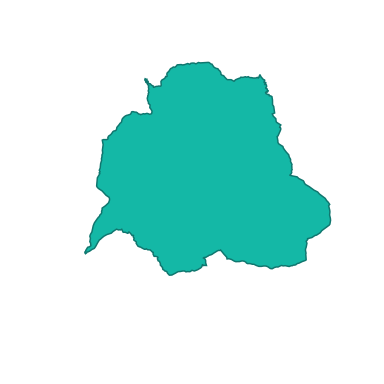 Naruja, Vrancea, Romania (Mercator projection), rotated 236°
{"feature_id": "2599482B65121117862407", "entity_name": "Naruja", "entity_type": "district", "adm_level": 2, "iso_a3": "ROU", "parent_name": "Romania", "parent_adm1": "Vrancea", "projection": "mercator", "projection_center": [26.773, 45.824], "detail": "fine", "context": "isolated", "style": "filled", "palette": "teal", "viewbox_px": 384, "rotation_deg": 236, "n_neighbors": 0, "source": "geoboundaries", "source_scale": "gbopen_adm2", "svg_char_len": 6085}
<svg xmlns="http://www.w3.org/2000/svg" viewBox="0 0 384 384"><g transform="rotate(236 192 192)"><path d="M251.6,313.9L251.0,313.6L250.3,312.2L249.6,311.6L249.5,310.6L250.5,310.2L250.8,308.6L252.2,306.6L253.7,305.1L254.4,304.1L255.1,303.5L256.1,303.2L256.7,301.4L257.7,300.7L258.5,298.4L259.9,296.6L259.6,295.2L260.0,294.4L260.7,291.0L260.6,290.1L260.3,289.2L260.4,288.7L263.3,287.2L265.3,284.2L265.8,283.9L269.5,283.3L270.1,283.4L271.1,283.0L272.0,282.2L273.5,281.8L274.3,282.4L275.4,282.7L276.6,282.8L278.7,282.3L279.2,282.5L279.9,282.2L281.3,280.9L283.3,280.0L286.9,280.0L287.3,279.4L289.9,278.5L290.4,277.9L294.3,271.2L295.8,269.7L295.9,268.0L296.1,266.9L297.6,265.9L298.5,264.7L299.1,263.6L299.4,262.7L299.1,261.5L300.9,260.3L301.8,256.9L302.6,255.2L303.7,254.3L305.6,251.0L305.6,250.3L305.2,249.5L305.0,247.8L305.2,247.3L305.9,246.7L306.1,246.1L306.0,244.8L306.2,243.8L306.2,243.1L304.8,239.8L304.8,238.6L304.4,237.7L303.7,237.0L302.7,236.6L301.8,235.9L301.8,235.5L302.5,234.8L301.5,233.1L301.5,231.3L301.7,229.9L301.2,228.5L300.9,228.0L297.9,226.3L297.4,225.7L297.3,225.1L298.5,223.6L298.8,222.6L299.6,221.3L300.1,219.0L300.3,218.7L300.9,218.7L301.4,219.2L303.1,218.2L305.0,217.9L305.6,217.2L307.2,216.7L308.2,217.5L308.5,217.3L308.5,216.4L308.9,216.1L309.3,216.3L309.7,217.2L310.7,217.7L311.3,216.9L312.1,216.5L311.7,215.9L311.2,215.5L310.0,215.6L308.9,215.1L307.4,215.6L305.8,215.3L304.4,215.6L303.5,214.6L301.5,213.7L300.3,212.2L298.7,211.9L298.1,210.8L297.1,210.2L296.6,209.2L295.4,208.2L294.9,207.4L292.6,206.4L291.1,206.2L289.7,205.4L288.0,205.9L287.5,205.8L285.4,204.1L284.6,204.3L281.6,204.1L281.0,203.8L279.7,202.5L279.6,202.1L280.0,200.4L281.9,199.1L282.5,198.4L283.1,196.4L283.9,195.8L284.2,195.1L284.8,192.7L285.4,192.5L286.7,191.3L288.2,191.0L289.4,190.4L290.2,189.3L291.7,188.0L292.2,186.7L291.3,185.5L290.9,184.4L291.6,181.9L292.1,180.6L292.3,179.2L292.2,177.5L291.8,175.7L291.4,174.8L289.4,172.6L289.2,171.7L289.2,170.9L288.5,169.0L287.6,165.9L286.2,164.5L285.6,163.4L285.7,162.5L286.2,161.6L286.3,160.3L285.4,158.1L285.0,156.6L285.0,154.1L284.2,152.7L283.6,152.6L282.9,151.6L283.2,150.5L285.0,147.8L285.2,146.6L280.9,144.8L276.6,140.9L275.9,140.8L275.6,140.4L274.1,139.7L273.1,138.1L271.4,136.9L270.1,135.4L268.9,134.9L266.6,132.1L263.1,129.2L261.9,127.3L260.3,127.1L259.8,125.8L259.6,125.7L259.2,126.0L258.8,125.9L256.7,121.5L250.3,116.3L249.0,116.1L247.2,116.4L243.1,118.1L237.4,118.9L233.9,120.3L232.4,119.8L231.3,119.0L229.7,116.8L229.0,112.7L228.9,108.5L227.3,107.3L226.7,106.3L225.5,105.7L224.8,104.7L224.4,102.7L223.5,101.5L223.4,100.3L222.8,98.5L221.1,94.1L220.7,93.4L219.2,91.2L214.8,86.6L213.7,84.2L213.0,83.2L212.3,82.5L210.4,81.9L207.8,79.4L207.1,79.6L206.3,79.3L204.0,78.1L203.9,76.4L204.5,74.6L203.0,71.3L202.4,70.7L202.2,69.8L201.5,69.2L200.4,69.2L200.5,70.7L200.9,71.5L200.5,72.3L200.2,74.1L200.3,77.4L200.0,78.5L199.9,79.3L200.1,80.1L200.8,81.8L202.8,85.6L204.1,88.5L204.0,89.5L204.3,91.2L204.6,94.3L204.3,97.7L203.0,102.1L203.4,104.5L203.4,108.6L201.6,109.9L201.2,110.8L200.5,111.6L200.4,112.9L197.3,112.4L196.8,112.8L196.0,114.1L193.7,115.6L193.6,116.0L194.1,116.9L194.1,117.4L192.0,117.9L189.5,118.0L189.1,118.9L188.7,119.2L187.7,118.2L186.0,118.2L185.5,117.4L184.7,116.9L181.9,117.9L181.4,117.7L180.6,117.0L177.3,116.9L175.8,117.8L175.1,118.6L174.2,118.9L171.2,120.5L170.6,121.3L170.4,122.4L169.1,122.8L167.3,125.0L164.2,125.6L163.8,126.0L163.6,126.1L162.3,125.0L159.9,124.6L159.6,124.9L159.1,125.8L157.4,127.2L156.8,127.2L155.9,125.9L154.8,125.8L154.1,125.4L152.8,126.1L152.1,126.1L149.9,125.6L149.3,124.9L145.9,125.3L144.4,124.6L143.9,124.6L143.4,125.0L141.8,125.3L141.4,125.5L141.2,125.9L140.0,126.6L138.4,126.3L135.8,126.7L135.4,127.1L135.0,128.0L134.4,128.9L134.2,131.1L134.0,132.5L133.8,135.8L132.6,137.9L131.6,140.3L130.6,141.7L129.2,142.3L128.5,143.9L127.3,145.4L127.0,146.2L127.1,148.2L125.3,149.7L125.1,150.1L124.4,153.2L124.2,156.8L124.6,158.4L125.9,160.0L125.7,160.3L124.7,160.3L124.5,160.5L124.2,161.3L123.0,162.9L125.6,163.7L127.4,164.9L128.3,165.2L129.2,165.3L130.9,164.6L131.0,165.2L130.1,167.2L130.1,168.3L129.9,169.7L130.0,170.7L129.3,172.7L129.1,174.2L129.2,175.2L129.0,180.2L128.8,181.2L127.8,182.6L127.9,183.3L122.7,183.7L119.5,184.2L118.5,184.3L116.9,183.6L116.2,185.0L115.6,185.7L114.0,187.0L111.2,188.3L109.8,189.3L107.7,192.6L106.9,195.0L105.7,196.3L104.7,197.0L103.4,197.5L102.7,197.4L101.5,198.1L100.3,200.0L98.3,201.7L97.5,202.9L95.2,204.2L93.0,205.8L91.6,207.8L90.5,210.2L89.2,212.0L87.6,213.1L84.9,214.1L84.2,214.7L83.5,215.7L83.3,218.3L82.6,220.2L81.7,221.4L81.2,224.8L80.8,225.4L79.8,226.2L78.8,228.1L75.9,230.9L75.5,232.8L74.8,234.0L74.6,235.5L74.0,236.2L73.6,237.4L73.8,238.2L73.7,239.7L73.2,240.8L72.7,244.5L71.9,247.5L71.9,248.7L76.9,251.6L77.5,252.3L80.1,253.4L81.3,254.3L82.4,255.8L85.2,258.6L87.3,259.1L87.9,261.4L88.7,261.8L87.2,265.9L87.2,269.6L86.6,271.2L86.5,275.5L87.4,278.0L87.8,287.2L88.2,288.3L91.0,291.0L92.8,292.0L96.0,293.2L98.4,295.2L99.9,296.0L104.2,297.6L104.7,299.2L107.5,299.2L109.6,298.8L112.2,298.9L119.1,296.5L121.7,296.2L125.3,294.2L130.9,292.2L134.8,290.3L136.4,290.2L138.3,290.6L139.2,290.5L143.4,288.1L145.8,287.6L149.1,284.3L151.0,282.6L151.4,283.0L151.6,284.1L152.3,285.5L154.0,286.3L154.5,287.5L155.7,287.9L157.0,288.9L157.8,289.1L158.9,290.3L162.1,290.7L164.0,292.0L166.6,292.2L168.8,293.0L172.1,292.5L174.9,292.3L177.3,292.3L178.9,292.8L183.2,290.9L185.1,290.9L186.4,291.8L190.4,293.6L190.4,294.6L193.6,299.7L194.6,300.9L195.9,301.3L196.5,300.8L197.2,301.5L197.9,303.1L202.5,301.1L203.7,301.3L205.9,302.5L209.4,301.8L211.8,302.2L211.3,304.7L217.3,307.6L219.3,307.6L223.3,310.2L226.4,311.6L227.6,311.0L228.6,309.9L229.7,310.3L230.7,309.2L232.1,308.4L233.3,308.6L233.5,309.7L233.2,310.1L232.8,310.1L232.7,310.5L233.2,311.7L233.4,311.8L234.2,311.3L235.0,311.8L235.7,311.9L236.6,311.2L237.2,311.5L237.6,312.7L237.9,313.0L239.1,313.5L240.0,313.4L240.3,312.6L240.7,312.6L240.9,313.9L241.3,314.3L241.7,314.3L242.1,313.5L242.5,313.1L243.2,313.6L244.0,314.8L244.3,314.8L245.5,314.0L247.1,313.9L248.1,313.6L251.6,313.9Z" fill="#14b8a6" stroke="#0f766e" stroke-width="1.5"/></g></svg>